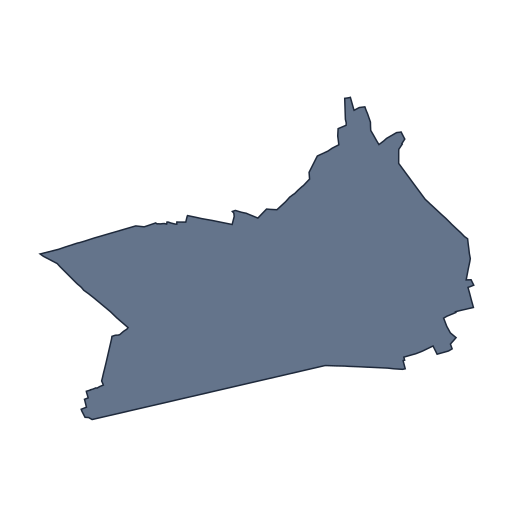 the district of Alūksne, Aluksne, Latvia, rotated 176°
{"feature_id": "27541924B6275122362783", "entity_name": "Alūksne", "entity_type": "district", "adm_level": 2, "iso_a3": "LVA", "parent_name": "Latvia", "parent_adm1": "Aluksne", "projection": "mercator", "projection_center": [27.066, 57.422], "detail": "fine", "context": "isolated", "style": "filled", "palette": "slate", "viewbox_px": 512, "rotation_deg": 176, "n_neighbors": 0, "source": "geoboundaries", "source_scale": "gbopen_adm2", "svg_char_len": 3514}
<svg xmlns="http://www.w3.org/2000/svg" viewBox="0 0 512 512"><g transform="rotate(176 256 256)"><path d="M62.1,160.6L66.5,164.8L67.5,165.8L69.1,169.3L70.6,172.5L72.2,177.8L72.4,178.5L73.2,180.9L69.8,182.6L60.6,185.7L60.9,186.5L59.7,186.7L57.6,187.1L54.6,187.6L54.0,187.7L42.7,189.5L43.3,192.6L44.2,196.9L44.7,199.6L45.6,204.4L46.3,207.8L46.7,209.9L44.5,210.5L40.8,211.7L42.1,214.8L43.1,217.3L48.0,217.5L45.2,228.1L43.1,235.5L42.4,238.5L43.0,243.7L43.2,248.6L43.5,253.5L43.7,258.4L46.7,260.9L48.3,262.8L49.9,264.7L53.5,268.5L57.1,272.4L58.6,274.0L60.0,275.7L64.1,280.4L68.0,284.4L77.5,294.6L78.0,295.1L78.9,296.0L80.0,297.3L83.3,300.8L95.1,319.3L98.6,324.9L99.1,325.6L106.3,337.0L107.2,338.4L106.3,350.8L106.1,352.5L102.3,357.4L102.7,357.9L99.4,362.3L99.6,362.6L102.6,369.6L104.2,369.4L104.6,369.4L105.4,369.4L107.2,369.3L117.6,364.2L120.5,361.9L125.6,358.6L127.4,362.1L130.2,368.0L132.8,373.3L132.7,377.5L132.5,381.6L132.9,383.1L134.3,388.3L134.5,389.1L135.1,391.1L135.6,392.4L136.2,394.4L136.4,395.0L136.8,396.6L137.0,397.2L142.6,396.9L148.0,394.5L148.2,395.2L150.8,407.7L152.3,407.4L153.4,407.3L154.7,407.2L156.5,407.1L157.3,386.1L156.7,382.5L157.0,380.1L157.3,380.0L157.6,379.9L163.8,377.8L165.2,377.3L166.1,370.0L165.6,361.2L166.5,360.8L172.6,358.2L176.8,355.7L187.8,351.5L188.5,350.4L189.7,348.4L197.2,335.8L197.2,332.7L197.2,328.9L198.2,328.1L204.0,322.8L204.9,322.3L209.4,318.8L213.3,315.4L214.2,315.0L218.1,312.5L218.3,312.4L219.6,311.1L220.4,310.3L222.9,307.9L227.3,304.4L231.4,301.1L231.9,300.7L238.4,301.5L242.2,302.1L247.2,297.6L251.5,293.7L256.7,296.3L259.8,297.8L262.9,299.4L263.1,299.4L263.3,299.5L263.5,299.5L267.6,300.7L273.4,302.9L274.9,302.5L276.5,302.1L275.8,301.2L275.1,300.3L275.0,296.9L276.4,292.7L277.6,289.1L287.4,291.8L297.1,294.5L302.4,295.8L307.6,297.1L313.3,298.8L319.0,300.4L319.3,300.5L320.4,300.8L321.5,301.1L321.9,300.4L322.1,299.7L322.2,299.3L322.4,298.9L323.7,294.7L332.6,295.4L332.8,293.3L333.9,293.4L335.4,293.8L336.9,294.3L338.8,294.9L339.0,295.0L340.9,295.9L342.4,296.1L342.9,294.1L345.1,294.7L345.2,294.8L347.3,294.8L348.3,294.7L349.3,294.7L351.6,295.0L352.4,294.9L353.8,296.0L355.5,295.5L357.5,295.0L359.7,294.4L360.1,294.3L365.5,292.9L373.9,294.4L403.4,288.0L410.2,286.5L415.9,285.3L420.3,284.2L425.9,282.8L431.3,281.6L433.1,281.4L445.6,278.3L452.3,276.5L471.2,273.1L468.1,270.5L454.8,262.3L452.3,259.1L437.1,241.6L435.9,240.3L434.3,238.8L432.7,237.2L431.9,236.2L430.2,233.8L425.7,230.1L424.4,228.9L421.4,226.2L405.2,210.7L399.1,203.9L388.6,193.5L389.6,192.4L389.9,192.0L391.4,191.2L392.9,190.4L394.2,189.5L395.5,188.5L396.4,187.8L397.3,187.1L399.1,186.7L401.8,186.8L405.3,185.9L405.9,183.3L413.2,159.4L414.0,156.9L415.4,152.5L415.9,151.1L416.8,148.2L417.7,145.2L418.2,143.7L418.7,142.1L417.9,139.9L417.8,139.6L417.3,137.9L421.2,136.6L421.6,136.4L422.6,135.9L423.8,135.3L424.1,135.4L425.0,135.6L427.9,134.6L430.5,134.1L430.5,133.8L432.5,133.4L433.8,133.1L434.7,132.9L434.6,132.0L433.3,126.2L437.1,125.0L436.9,124.1L435.7,117.0L437.6,116.4L441.1,115.3L440.5,113.3L437.8,107.0L434.2,106.5L430.9,104.3L194.8,141.9L193.6,141.8L193.4,141.8L191.5,141.6L183.8,140.8L175.0,140.0L171.6,139.5L159.7,138.2L152.4,137.3L152.1,137.3L145.3,136.5L132.5,135.0L127.1,134.0L125.8,133.8L117.6,132.7L115.0,133.1L116.3,139.9L116.5,141.2L116.5,141.5L115.0,141.7L115.6,144.8L106.2,146.8L103.6,147.3L98.4,148.9L96.1,149.7L85.7,153.9L83.2,147.9L82.2,145.4L71.0,147.7L70.8,147.8L70.4,147.9L66.8,149.7L68.2,154.6L63.2,159.5L62.1,160.6Z" fill="#64748b" stroke="#1e293b" stroke-width="1.5"/></g></svg>